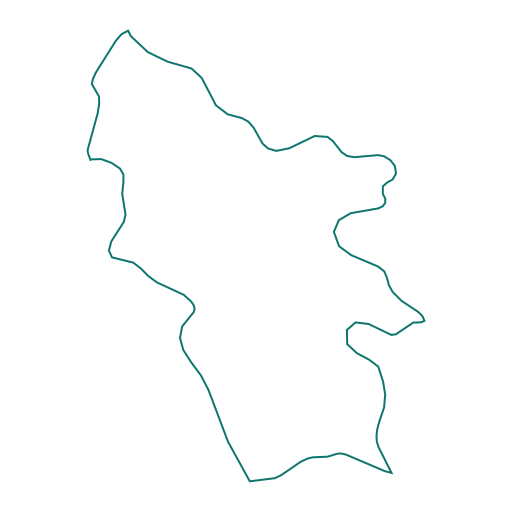 outline of Syunik
{"feature_id": "ARM-1732", "entity_name": "Syunik", "entity_type": "Province", "adm_level": 1, "iso_a3": "ARM", "parent_name": "Armenia", "parent_adm1": "", "projection": "robinson", "projection_center": [46.179, 39.357], "detail": "fine", "context": "isolated", "style": "outline", "palette": "teal", "viewbox_px": 512, "rotation_deg": 0, "n_neighbors": 0, "source": "natural_earth", "source_scale": "10m", "svg_char_len": 1672}
<svg xmlns="http://www.w3.org/2000/svg" viewBox="0 0 512 512"><path d="M128.1,30.7L130.9,36.2L147.7,52.0L155.6,55.9L167.9,61.8L191.5,68.5L201.7,77.9L216.0,105.4L227.7,114.3L241.9,118.1L248.3,121.6L253.7,127.8L262.5,143.5L267.9,148.4L276.2,150.9L289.2,148.3L314.7,136.0L327.5,136.9L332.7,140.9L341.6,152.2L347.2,156.0L354.5,157.2L378.1,155.1L384.1,156.3L390.3,160.1L394.9,166.0L396.0,173.6L392.7,179.4L387.2,182.5L382.9,186.3L382.8,193.9L385.3,198.7L385.2,202.9L382.7,206.3L378.2,208.4L350.7,213.2L338.8,220.2L333.9,231.9L339.1,246.3L351.3,255.2L378.2,266.6L384.2,271.3L387.0,277.9L388.9,285.2L392.6,291.9L401.6,300.9L417.6,311.5L420.1,313.7L422.6,316.4L423.1,317.6L424.4,320.8L421.1,322.3L413.2,322.6L395.9,334.3L391.3,334.9L368.6,324.0L355.5,322.4L346.9,330.0L347.2,344.1L356.8,353.1L369.3,359.8L378.3,366.7L383.1,381.7L385.2,394.7L384.1,407.4L379.2,421.9L378.9,423.4L378.4,424.7L377.1,430.2L376.5,435.9L376.8,441.4L378.4,446.8L391.5,472.9L384.7,471.1L345.7,454.5L340.6,453.4L336.6,453.9L327.5,456.7L313.0,457.3L308.0,458.4L300.8,461.7L281.3,475.1L274.8,478.2L249.8,481.3L228.0,441.7L208.5,390.0L201.0,375.5L191.2,362.3L183.3,350.0L180.0,338.0L182.2,326.4L191.3,315.1L193.8,312.0L194.6,308.7L193.7,305.3L191.3,301.7L183.7,294.8L162.3,284.9L156.9,282.4L148.0,275.8L140.9,268.5L133.2,262.6L112.0,257.4L111.0,255.2L108.9,250.5L111.3,241.4L123.9,221.8L125.5,214.6L122.2,193.8L122.2,193.7L123.4,182.1L123.4,174.4L120.0,168.6L111.6,162.9L101.3,159.1L92.6,159.3L90.5,159.8L90.5,159.6L90.2,159.0L88.4,154.4L87.9,152.5L87.6,150.1L97.7,113.3L99.2,103.6L99.0,96.5L91.9,84.1L92.8,79.2L96.0,72.3L115.9,40.7L121.5,34.2L128.1,30.7Z" fill="none" stroke="#0f766e" stroke-width="2"/></svg>